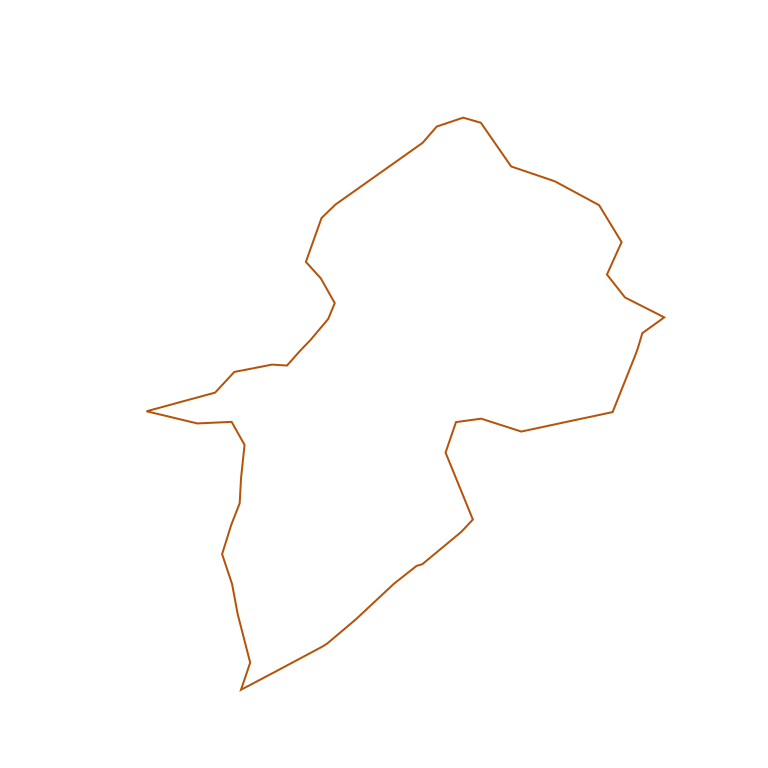 Bamboutos, Ouest, Cameroon (Albers equal-area conic projection), rotated 150°
{"feature_id": "32672807B7261733805593", "entity_name": "Bamboutos", "entity_type": "district", "adm_level": 2, "iso_a3": "CMR", "parent_name": "Cameroon", "parent_adm1": "Ouest", "projection": "albers", "projection_center": [10.332, 5.666], "detail": "fine", "context": "isolated", "style": "outline", "palette": "amber", "viewbox_px": 768, "rotation_deg": 150, "n_neighbors": 0, "source": "geoboundaries", "source_scale": "gbopen_adm2", "svg_char_len": 838}
<svg xmlns="http://www.w3.org/2000/svg" viewBox="0 0 768 768"><g transform="rotate(150 384 384)"><path d="M108.0,301.6L132.0,338.4L136.2,367.3L112.0,384.7L107.3,388.0L108.3,431.3L134.7,474.1L165.1,508.8L169.5,561.8L182.3,575.1L209.6,580.6L229.8,573.6L336.3,563.7L355.1,559.0L390.6,528.8L385.9,507.1L386.2,478.7L399.7,468.3L425.6,458.9L440.2,454.7L458.8,448.5L471.3,456.8L507.6,469.3L534.6,461.0L566.7,469.5L597.9,477.7L603.3,479.1L565.4,443.2L534.9,427.4L535.2,401.0L554.7,374.2L568.6,352.9L586.6,338.5L609.3,317.6L615.6,286.7L625.8,257.8L639.2,209.6L660.7,190.7L615.8,189.0L568.2,187.4L563.3,187.6L526.4,194.2L475.1,206.1L446.8,210.2L440.9,208.8L391.0,217.3L374.8,222.2L365.0,293.8L340.7,315.0L317.2,305.4L288.9,274.2L200.0,245.4L151.2,283.9L146.4,288.0L134.8,298.9L108.0,301.6Z" fill="none" stroke="#b45309" stroke-width="2"/></g></svg>